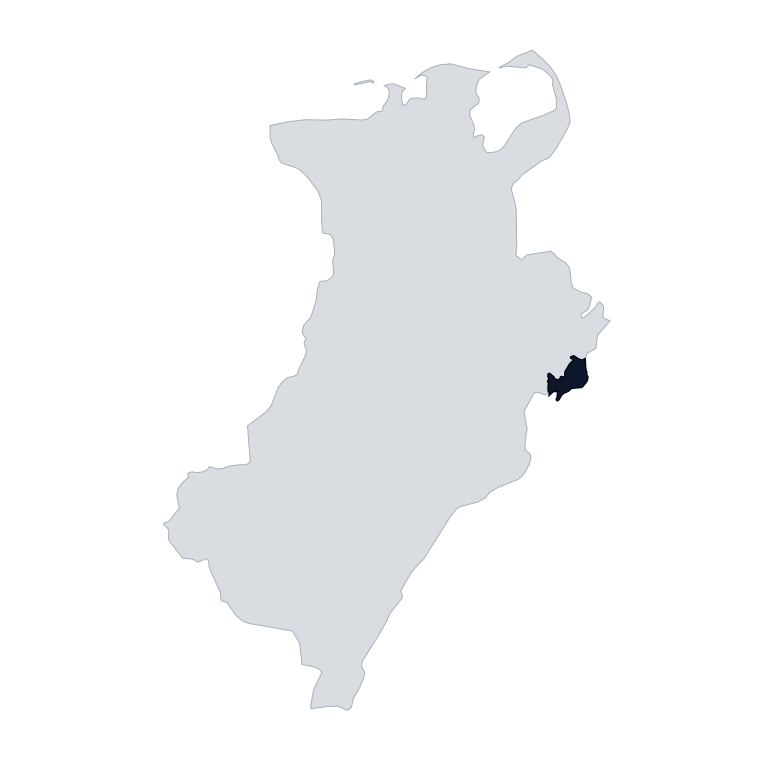 Boldumsaz, Tashauz, Turkmenistan (highlighted), rotated 86°
{"feature_id": "10190150B19279847457631", "entity_name": "Boldumsaz", "entity_type": "district", "adm_level": 2, "iso_a3": "TKM", "parent_name": "Turkmenistan", "parent_adm1": "Tashauz", "projection": "equal_earth", "projection_center": [59.725, 41.991], "detail": "fine", "context": "in_parent", "style": "filled", "palette": "ink", "viewbox_px": 768, "rotation_deg": 86, "n_neighbors": 0, "source": "geoboundaries", "source_scale": "gbopen_adm2", "svg_char_len": 5201}
<svg xmlns="http://www.w3.org/2000/svg" viewBox="0 0 768 768"><g transform="rotate(86 384 384)"><path d="M218.0,239.9L254.0,241.9L265.0,243.4L269.7,238.2L269.5,237.0L267.8,235.9L265.2,232.3L263.1,208.3L266.3,204.9L269.9,202.4L275.2,194.9L278.0,192.6L282.1,190.6L295.8,190.1L301.6,188.7L306.6,180.1L307.7,175.1L311.4,171.2L313.5,171.2L322.8,174.6L324.8,176.4L327.9,182.6L331.4,182.2L331.9,181.2L331.5,179.8L328.9,175.9L323.1,168.9L317.5,164.4L317.0,162.9L321.9,159.4L331.6,160.9L334.1,159.8L336.7,154.1L349.5,166.8L351.9,168.1L362.2,169.8L364.0,171.5L367.4,178.9L370.9,180.8L375.3,182.2L393.6,182.5L399.3,187.4L400.2,188.6L399.1,192.1L398.8,198.7L397.4,201.4L398.3,202.5L404.8,205.3L408.7,209.6L409.1,211.5L408.0,212.7L404.9,212.1L403.4,214.0L403.4,217.5L405.6,220.8L406.2,223.8L403.1,230.8L403.1,233.7L404.1,235.3L420.6,245.9L423.3,246.2L439.3,244.3L442.3,245.4L456.3,247.8L460.2,247.4L462.9,244.1L465.4,242.7L467.8,242.6L474.5,244.8L481.6,249.3L486.3,253.5L488.6,257.2L495.3,277.9L499.6,286.4L504.7,290.8L508.3,298.9L511.5,316.6L513.5,320.2L521.2,327.2L560.8,356.2L572.9,369.2L591.4,381.7L598.2,380.3L612.8,393.7L622.1,398.8L634.0,406.8L659.2,425.1L664.6,425.9L670.4,423.3L675.7,424.8L685.2,429.5L695.4,436.5L704.0,439.0L706.5,442.1L706.7,443.8L702.1,452.7L701.8,464.1L702.8,479.4L700.5,479.7L683.5,475.4L667.3,465.9L663.6,469.0L661.8,472.1L658.1,485.4L636.5,486.2L624.0,492.7L613.3,536.0L610.8,541.4L603.8,548.5L591.5,555.5L589.7,558.2L589.3,560.9L587.8,561.7L580.9,561.7L554.9,571.2L549.1,571.2L546.8,571.9L545.9,573.6L548.8,582.4L546.5,584.9L544.9,589.2L543.8,596.8L526.6,608.6L523.0,610.0L516.1,608.8L512.5,610.1L508.8,613.9L507.1,612.7L506.2,608.9L504.3,606.4L493.5,596.9L481.1,598.4L476.5,597.6L472.8,596.0L467.1,590.6L463.4,585.4L459.6,586.0L458.5,583.5L458.3,580.7L459.4,577.2L459.0,570.6L456.8,565.9L454.3,563.9L457.1,556.3L457.0,550.7L455.2,544.5L454.5,535.7L454.9,527.1L452.5,522.8L416.3,523.1L403.3,503.1L398.0,498.3L380.0,489.8L375.1,485.3L371.0,480.3L370.0,473.5L368.0,469.5L365.2,468.9L351.1,461.0L345.5,458.9L337.8,460.9L333.2,458.7L327.9,461.7L325.6,461.9L319.9,460.0L312.8,452.9L306.9,450.0L294.5,445.4L285.7,444.0L278.0,441.3L277.2,440.3L277.1,434.2L276.0,431.7L273.8,428.7L270.8,426.5L257.6,426.7L251.5,424.4L246.7,424.0L236.1,424.5L232.7,426.1L230.7,428.0L229.3,433.9L228.2,434.7L217.9,434.9L196.1,433.6L187.0,436.5L172.7,445.6L164.4,453.2L162.0,456.6L156.9,470.0L154.7,472.0L151.9,473.5L149.1,473.8L136.0,479.1L131.0,480.4L118.1,479.7L115.6,459.8L114.9,444.0L116.8,422.3L116.6,408.3L119.2,387.2L118.6,382.0L112.2,372.7L111.5,366.3L107.5,365.9L101.1,360.5L94.8,358.4L91.7,358.3L88.7,359.8L86.5,362.9L85.1,358.0L85.3,352.9L90.7,342.2L93.8,345.3L97.6,346.6L107.4,346.0L106.6,342.3L101.6,338.6L100.8,333.8L101.3,328.9L102.8,324.2L101.3,322.3L99.1,321.1L93.8,321.3L80.1,319.5L78.3,325.0L81.9,332.3L75.9,324.0L71.9,315.5L69.5,305.6L69.3,294.9L75.2,277.7L80.1,256.8L85.1,265.6L88.9,269.4L97.3,272.0L101.5,271.4L105.9,269.1L110.2,269.8L116.7,278.9L121.5,279.9L131.5,276.5L136.3,275.7L140.3,277.3L144.6,277.3L142.8,273.0L142.2,268.9L144.7,266.7L152.5,269.0L158.8,266.6L160.0,265.5L160.7,261.9L160.0,254.8L158.6,251.8L155.1,247.5L141.5,237.4L136.9,233.4L133.1,228.2L127.4,207.6L122.9,194.5L121.1,192.9L113.0,191.8L97.6,195.0L92.2,194.3L89.6,195.7L83.2,201.2L80.1,206.0L75.7,216.8L78.6,220.4L75.6,238.7L76.8,246.6L76.2,247.1L71.9,237.3L66.0,227.6L61.3,212.8L70.8,203.1L78.9,196.3L87.4,191.1L96.3,187.7L116.0,182.4L126.9,180.4L135.7,180.1L142.4,183.4L160.3,195.2L168.1,201.9L170.3,204.6L172.3,211.1L185.2,231.9L188.3,234.8L193.4,241.4L198.4,243.4L218.0,239.9ZM83.4,390.9L82.9,393.7L80.7,385.2L79.7,375.8L81.4,373.1L83.2,373.3L81.4,376.7L83.4,390.9Z" fill="#d9dde1" stroke="#a8b0b8" stroke-width="1"/><path d="M372.8,182.3L373.0,182.7L373.6,183.3L374.0,183.5L373.7,185.4L373.4,186.1L373.4,186.4L373.0,187.2L372.8,187.7L372.7,187.9L372.6,188.0L372.0,188.8L369.2,192.5L369.2,193.7L369.5,194.0L369.7,194.3L369.7,194.6L369.8,195.3L370.1,196.0L371.5,195.8L371.7,195.2L371.8,194.9L372.2,194.4L372.5,194.0L372.7,193.4L373.9,193.6L374.4,193.6L374.5,193.7L374.3,194.6L377.0,197.6L378.9,198.8L381.1,200.3L383.3,201.8L384.9,202.8L386.6,202.9L388.1,203.0L388.9,203.0L389.0,203.3L389.6,204.4L389.7,204.7L389.3,205.6L388.9,206.6L389.1,207.3L389.6,207.6L390.8,208.1L391.6,208.5L391.7,209.4L391.8,209.7L391.7,211.2L391.2,212.3L390.5,213.4L390.3,214.1L390.2,214.0L389.1,213.7L388.1,214.7L385.3,217.6L384.9,218.1L385.3,219.5L386.4,219.8L386.5,219.8L388.0,220.0L389.2,219.4L389.4,219.4L390.8,219.3L391.1,219.6L392.1,220.3L393.3,220.6L393.7,220.6L393.9,219.8L394.2,219.8L394.5,219.8L395.5,219.9L395.9,220.1L397.0,220.4L398.0,220.5L399.4,220.6L399.7,220.7L403.4,220.6L403.9,219.4L406.0,219.8L406.4,220.0L407.0,220.1L403.6,215.9L403.2,214.3L403.6,212.4L403.6,210.7L405.7,211.4L407.1,211.8L408.8,211.9L410.2,212.8L411.2,213.3L412.6,212.9L412.8,212.2L412.4,211.1L411.0,209.8L408.8,208.5L407.2,207.2L406.4,206.2L405.4,204.6L404.8,202.4L403.9,200.3L402.4,198.5L401.4,197.1L401.2,187.1L400.2,185.7L395.9,181.6L393.9,180.6L391.6,180.2L390.7,180.1L389.3,181.0L387.2,181.0L385.8,180.9L384.7,181.4L382.5,181.6L381.0,181.7L372.8,181.5L372.6,181.8L372.8,182.3Z" fill="#0f172a" stroke="#020617" stroke-width="1.5"/></g></svg>